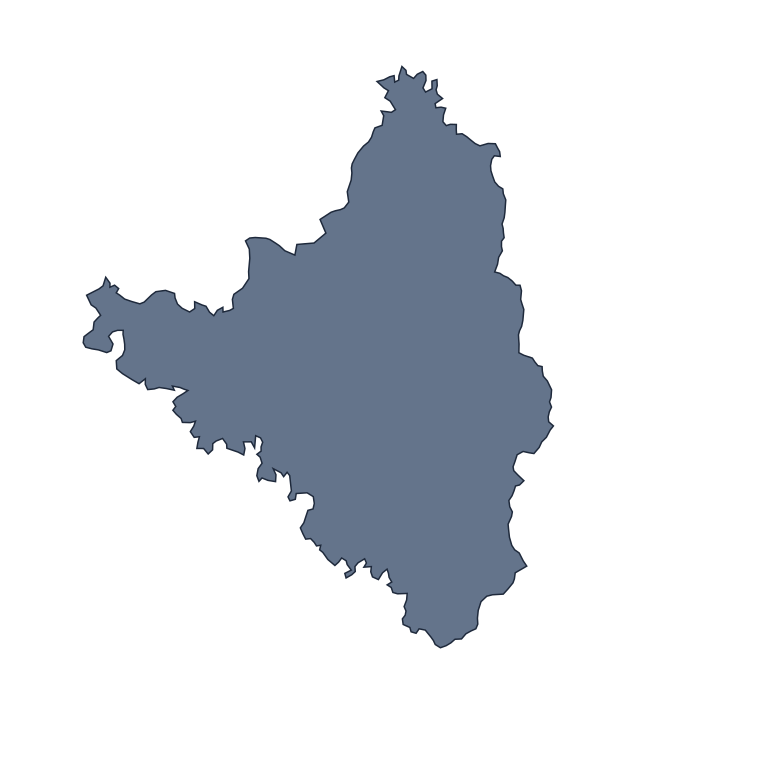 the district of Faxinal, Paraná, Brazil, rotated 56°
{"feature_id": "56859067B81373422903240", "entity_name": "Faxinal", "entity_type": "district", "adm_level": 2, "iso_a3": "BRA", "parent_name": "Brazil", "parent_adm1": "Paraná", "projection": "mercator", "projection_center": [-51.3, -24.003], "detail": "fine", "context": "isolated", "style": "filled", "palette": "slate", "viewbox_px": 768, "rotation_deg": 56, "n_neighbors": 0, "source": "geoboundaries", "source_scale": "gbopen_adm2", "svg_char_len": 4826}
<svg xmlns="http://www.w3.org/2000/svg" viewBox="0 0 768 768"><g transform="rotate(56 384 384)"><path d="M132.5,207.5L131.7,214.1L129.3,220.6L138.4,218.5L143.3,216.3L147.1,223.2L153.0,220.7L157.4,220.9L163.0,221.1L162.9,226.0L160.1,229.1L156.1,233.7L161.4,234.2L168.5,240.9L166.6,248.3L168.9,251.9L172.4,256.3L174.7,261.5L175.3,267.9L177.8,276.4L181.3,283.1L183.7,287.3L186.7,290.2L191.1,292.6L196.6,297.2L204.0,306.9L213.5,311.5L215.8,318.5L215.1,322.6L213.2,327.4L212.0,331.8L211.8,345.0L226.4,347.8L228.0,363.2L222.6,372.8L219.6,378.2L227.3,385.8L218.1,391.7L210.9,393.4L206.9,395.0L200.4,397.8L197.2,400.3L190.5,408.9L187.9,413.7L187.9,418.8L196.8,420.2L204.8,425.0L215.1,433.4L221.1,437.0L225.5,447.7L225.7,458.3L229.1,462.4L237.1,466.6L236.7,470.8L234.3,477.2L230.3,474.7L229.7,480.9L232.2,486.9L226.9,488.5L220.0,488.1L216.8,490.6L209.9,495.0L215.6,498.7L215.6,504.9L208.4,509.0L202.3,510.5L195.8,509.1L191.8,507.0L184.2,512.8L179.9,521.5L180.2,526.9L182.0,537.0L181.0,541.6L174.7,546.9L168.6,551.5L162.6,553.4L158.7,555.0L156.5,550.6L151.4,552.1L150.5,557.1L147.2,554.8L139.9,555.0L145.5,562.0L145.8,567.1L144.1,580.9L154.6,582.5L159.9,580.4L168.6,580.5L169.3,584.6L170.5,589.7L176.4,594.8L176.6,599.7L177.0,606.2L181.6,610.3L186.7,610.7L191.5,606.5L196.0,601.7L202.9,596.3L203.8,591.8L199.3,586.3L190.5,585.7L189.0,580.0L190.5,574.9L193.7,570.2L196.9,572.6L201.2,574.4L206.1,576.8L210.7,579.8L214.1,584.8L214.9,592.9L222.1,597.1L229.2,595.0L239.6,590.4L246.8,586.9L246.2,578.9L250.8,582.1L256.5,583.0L259.6,577.2L261.1,572.4L266.0,567.0L271.9,561.3L267.4,560.6L272.9,555.0L276.3,552.8L279.7,550.2L279.7,556.0L279.3,562.9L280.7,568.9L286.2,569.2L287.7,573.7L293.0,573.1L299.1,571.5L303.1,572.6L307.7,566.2L309.4,561.1L312.5,565.2L315.2,571.2L322.1,571.2L324.5,566.5L328.1,570.7L332.8,575.2L336.6,569.6L343.7,568.9L342.7,562.9L337.7,559.3L337.4,555.0L338.9,548.3L345.9,548.1L349.4,550.2L358.8,543.1L364.4,540.0L359.8,535.4L353.4,532.9L357.7,526.4L364.6,527.0L355.1,519.3L359.6,516.5L364.4,517.1L367.4,521.1L370.9,523.4L371.2,528.7L375.4,527.6L381.5,529.4L383.8,535.7L388.9,540.7L394.8,542.1L393.7,537.7L399.0,534.1L404.3,528.5L398.8,524.3L392.2,523.2L400.0,519.0L404.7,519.0L403.0,513.7L407.2,513.4L420.9,520.6L423.9,526.7L428.3,527.3L430.0,522.0L425.7,518.0L431.2,508.6L437.8,505.6L444.1,508.6L447.9,512.7L446.2,517.7L450.9,523.8L454.2,528.0L456.5,533.8L463.0,535.0L468.8,535.7L471.1,531.3L476.3,530.4L480.5,530.5L482.3,526.6L485.5,530.1L489.4,528.9L498.1,528.7L507.0,526.2L506.3,521.3L504.6,516.4L509.4,514.2L513.1,515.5L520.0,515.2L519.1,522.4L523.6,523.9L524.1,517.4L523.4,512.7L519.1,510.2L517.7,505.4L518.1,497.8L522.6,498.7L524.6,503.1L528.3,496.6L532.3,500.0L537.5,501.4L543.0,498.0L539.7,490.8L539.2,485.0L543.5,486.2L547.1,487.9L552.5,488.3L552.3,493.7L556.7,491.8L561.8,493.2L565.5,490.1L570.6,481.9L575.7,486.0L579.8,491.8L584.5,492.7L587.5,495.7L589.0,500.1L594.1,502.6L600.3,498.7L604.6,500.1L608.6,496.8L606.6,491.8L611.1,487.4L620.1,486.6L624.4,486.5L628.6,487.2L634.2,484.7L635.7,478.8L636.0,473.2L635.3,467.9L638.7,462.3L636.9,455.8L637.4,449.9L638.3,444.7L635.5,440.5L630.4,437.5L624.4,432.5L618.7,425.3L617.4,417.5L619.4,411.9L624.9,402.6L623.3,396.0L621.0,388.3L618.5,384.9L613.9,380.8L614.3,375.0L614.8,367.5L608.6,367.5L599.7,366.4L594.5,368.4L589.2,368.3L581.2,365.7L573.4,361.6L569.6,359.5L565.1,352.3L561.8,349.1L556.1,348.4L550.4,345.6L548.3,340.4L545.3,336.0L542.1,332.0L543.5,328.1L542.4,322.1L534.3,323.9L528.4,324.9L524.8,323.3L521.3,318.5L517.1,313.2L517.7,306.4L522.2,302.1L525.5,298.6L523.4,290.9L520.2,285.6L519.0,279.2L515.1,272.0L513.5,267.0L507.4,268.6L503.1,266.3L499.5,262.5L496.8,258.0L491.4,256.8L488.6,253.1L482.5,248.3L472.8,246.9L466.6,247.6L461.8,245.5L458.0,243.2L454.8,246.2L449.8,246.6L445.5,246.5L438.4,252.0L433.5,254.7L426.4,249.7L422.4,247.4L418.4,245.0L415.6,241.8L413.2,237.7L408.9,233.3L400.4,226.4L394.4,224.7L390.3,223.4L383.6,217.9L378.2,216.0L375.8,219.4L370.5,220.1L365.0,221.8L361.1,224.4L357.1,226.0L353.0,229.6L348.2,222.9L343.1,218.1L339.8,211.4L335.8,209.8L331.3,206.7L329.9,202.6L325.4,200.4L321.6,198.2L317.4,196.7L313.4,191.4L309.2,187.7L304.3,183.9L299.5,180.1L293.0,178.7L288.7,176.4L284.1,178.5L278.4,179.2L272.4,177.7L267.0,176.1L262.6,173.6L258.0,169.0L256.5,164.9L260.4,160.4L256.0,158.2L252.1,157.9L247.1,157.3L242.8,163.2L240.2,171.3L235.6,174.0L229.5,175.9L225.3,177.1L220.2,179.3L217.5,184.2L213.6,181.9L209.3,178.9L205.8,183.8L204.6,187.9L199.5,188.5L194.2,184.2L189.9,178.6L186.4,181.9L184.0,186.5L180.1,184.8L180.1,175.8L173.6,177.7L169.2,176.3L166.5,173.1L161.2,169.9L159.7,174.9L166.1,179.1L165.2,186.3L160.3,186.1L155.9,179.5L151.3,176.6L146.6,177.1L145.8,183.2L147.2,188.6L139.9,192.2L136.3,190.4L130.8,191.6L137.0,199.4L140.3,201.9L139.7,206.3L134.0,203.2L132.5,207.5Z" fill="#64748b" stroke="#1e293b" stroke-width="1.5"/></g></svg>